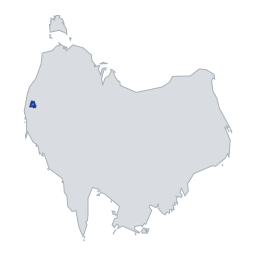 Glen Innes Severn, New South Wales, Australia shown in context, rotated 180°
{"feature_id": "25037944B18987498065819", "entity_name": "Glen Innes Severn", "entity_type": "district", "adm_level": 2, "iso_a3": "AUS", "parent_name": "Australia", "parent_adm1": "New South Wales", "projection": "equal_earth", "projection_center": [152.111, -29.631], "detail": "fine", "context": "in_parent", "style": "filled", "palette": "blue", "viewbox_px": 256, "rotation_deg": 180, "n_neighbors": 0, "source": "geoboundaries", "source_scale": "gbopen_adm2", "svg_char_len": 5206}
<svg xmlns="http://www.w3.org/2000/svg" viewBox="0 0 256 256"><g transform="rotate(180 128 128)"><path d="M176.9,28.3L180.1,45.4L183.9,44.5L188.2,49.6L189.1,60.0L191.7,63.5L192.4,73.1L194.3,78.0L206.8,87.2L211.8,102.2L213.2,103.0L213.4,100.3L216.1,103.0L216.5,101.7L217.7,109.2L219.3,111.5L222.8,113.8L229.6,126.4L229.3,134.8L231.8,144.8L228.4,163.2L226.0,169.9L220.2,177.4L214.9,192.0L213.7,202.9L203.9,205.4L199.1,210.1L196.0,210.5L197.0,213.1L192.0,209.3L192.7,208.4L192.4,207.4L191.5,207.4L189.9,209.0L188.7,208.0L190.6,206.4L189.5,205.2L183.2,211.1L173.0,208.2L164.7,201.1L164.1,195.5L160.2,190.4L161.7,190.6L161.6,189.1L156.3,190.6L157.7,186.8L155.3,181.2L153.8,187.5L149.9,188.2L150.4,186.1L152.2,186.1L154.4,177.4L153.3,170.8L151.0,177.7L147.1,180.3L144.8,184.4L145.3,186.5L143.7,186.2L141.0,183.9L142.6,183.9L141.2,179.9L138.4,175.2L136.3,174.7L135.7,170.6L119.8,163.6L94.3,168.9L86.5,173.7L83.5,179.6L65.6,180.0L56.8,187.0L50.1,186.5L42.1,181.8L41.3,177.0L43.2,177.8L44.4,174.8L43.1,165.0L39.0,157.4L36.7,147.9L25.9,127.9L29.5,130.1L26.8,123.9L28.6,127.5L31.2,128.6L25.8,116.0L27.1,98.3L28.1,102.5L30.7,97.9L40.3,89.8L44.0,90.2L62.1,82.4L68.5,72.0L67.6,65.1L71.1,60.2L74.6,67.8L76.0,63.6L73.8,60.6L74.4,58.7L80.6,59.9L78.6,59.2L79.7,56.2L78.5,53.5L81.8,53.1L80.5,51.1L83.2,50.9L82.1,48.0L84.4,44.7L84.6,46.7L86.5,46.4L86.5,42.7L89.3,44.0L91.0,41.1L94.0,43.1L98.1,48.2L97.6,52.3L100.1,48.4L105.8,51.0L106.8,48.8L104.2,45.7L110.3,31.7L111.7,32.6L113.8,29.1L114.6,30.6L121.4,29.5L121.1,26.2L116.5,23.7L117.2,22.8L133.7,30.0L138.3,27.4L137.2,30.2L139.3,31.7L141.6,28.4L143.9,31.2L141.4,37.4L138.6,38.0L138.9,42.4L136.4,49.5L151.4,62.2L155.5,63.4L156.8,66.5L163.5,68.5L168.0,57.6L168.0,41.5L168.6,35.4L170.3,33.9L169.0,31.2L172.9,19.4L176.9,28.3ZM189.3,222.6L196.9,225.7L205.8,223.8L206.6,232.1L205.9,230.6L205.1,232.4L205.0,237.9L201.8,235.7L199.9,240.6L196.1,240.2L196.8,238.8L193.4,236.5L191.9,232.2L193.4,233.0L189.6,227.1L189.3,222.6ZM108.8,22.9L113.5,22.9L115.0,24.6L112.0,28.1L108.8,22.9ZM148.4,192.4L156.1,192.1L152.9,193.6L148.4,192.4ZM142.8,41.5L143.9,45.0L140.9,44.4L141.3,41.9L142.8,41.5ZM229.2,125.0L229.0,121.1L230.1,118.0L230.6,120.3L229.2,125.0ZM203.6,217.6L206.1,218.4L206.2,219.5L203.6,217.6ZM108.4,23.9L110.1,27.3L107.1,27.1L108.4,23.9ZM186.4,218.2L184.9,217.9L185.6,215.8L186.4,218.2ZM159.0,60.7L157.6,61.8L156.2,62.3L156.9,60.4L159.0,60.7ZM25.8,127.0L24.5,125.2L24.2,123.5L24.3,123.4L25.8,127.0ZM205.7,220.7L206.7,221.5L204.8,220.8L205.7,220.7ZM218.7,109.7L219.7,109.7L219.7,111.4L218.7,109.7ZM192.8,73.0L194.1,74.0L193.8,74.6L192.8,73.0ZM201.8,238.6L201.9,240.0L201.0,239.5L201.8,238.6ZM230.9,136.2L231.0,138.3L230.9,138.3L230.9,136.2ZM120.8,22.7L120.0,21.8L120.5,21.3L120.8,22.7ZM142.6,22.9L141.5,24.6L142.8,21.6L142.6,22.9ZM231.1,133.7L230.6,134.4L230.9,133.7L231.1,133.7ZM145.0,54.7L144.4,55.0L144.7,54.2L145.0,54.7ZM140.5,41.4L139.7,41.6L140.2,40.5L140.5,41.4ZM33.7,89.9L33.6,91.3L33.2,91.1L33.7,89.9ZM171.5,18.6L171.5,19.8L171.2,18.9L171.5,18.6ZM191.5,207.9L191.7,208.5L191.5,208.3L191.5,207.9ZM141.2,25.2L139.7,26.3L141.2,24.8L141.2,25.2ZM82.2,46.3L81.6,47.1L82.0,46.1L82.2,46.3ZM202.3,237.6L201.8,237.9L202.1,237.4L202.3,237.6ZM158.4,64.8L157.6,64.8L158.0,64.1L158.4,64.8ZM79.3,52.5L78.9,53.0L78.8,51.9L79.3,52.5ZM205.8,234.8L205.2,235.2L205.4,234.5L205.8,234.8ZM172.0,15.4L171.9,16.2L171.5,15.8L172.0,15.4ZM191.2,208.8L191.8,209.4L190.8,209.2L191.2,208.8ZM208.3,87.1L207.7,87.2L207.9,86.3L208.3,87.1ZM212.9,100.2L212.6,100.2L212.9,99.5L212.9,100.2ZM189.5,221.6L189.4,222.1L189.2,221.5L189.5,221.6Z" fill="#d9dde1" stroke="#a8b0b8" stroke-width="1"/><path d="M225.0,153.3L225.0,153.2L225.1,152.9L225.1,152.7L224.9,152.8L224.7,152.8L224.5,152.7L224.6,152.4L224.7,152.2L224.8,152.1L225.0,152.1L225.0,151.9L225.0,151.7L225.1,151.4L225.1,151.5L225.2,151.4L225.3,151.4L225.5,150.6L225.7,150.4L225.6,150.0L225.7,149.9L225.7,149.7L225.8,149.7L225.9,149.4L225.3,149.3L225.2,149.4L225.2,149.5L224.9,149.5L224.4,149.4L224.1,149.3L223.9,149.3L224.0,149.3L223.9,149.3L223.7,149.5L223.8,149.6L223.7,149.6L223.5,149.8L223.4,149.7L223.4,149.8L223.2,149.8L223.2,149.7L223.0,149.8L222.8,149.8L222.7,149.9L222.6,149.7L222.6,149.4L222.2,149.3L222.2,149.2L222.1,149.3L221.8,149.3L221.7,149.3L221.7,149.2L221.7,148.9L221.4,148.8L221.0,148.6L220.9,148.8L221.0,148.8L220.9,148.8L221.0,148.8L220.9,148.9L220.8,149.0L220.9,149.3L221.0,149.4L221.0,149.5L220.9,149.5L221.0,149.6L220.9,149.6L220.9,149.8L221.0,149.8L220.9,149.9L221.0,149.9L221.0,150.3L221.1,150.5L221.1,150.8L221.0,151.0L221.1,151.3L221.3,151.3L221.3,151.5L221.2,151.6L221.3,151.7L221.3,151.8L221.2,151.9L221.2,152.0L221.2,151.9L221.2,152.0L221.4,152.1L221.4,152.3L221.4,152.5L221.5,152.7L221.5,152.8L221.6,153.1L221.7,153.3L221.8,153.4L221.8,153.5L222.0,153.6L222.0,153.8L222.1,153.7L222.4,153.7L222.9,153.7L222.9,153.8L223.0,153.8L223.3,153.7L223.3,153.8L223.4,153.7L223.4,153.8L223.5,153.7L223.6,153.8L223.7,153.7L223.7,153.8L223.8,153.7L223.9,153.8L223.9,153.7L223.9,153.8L224.0,153.7L224.0,153.8L224.0,153.7L224.1,153.8L224.1,153.7L224.3,153.7L224.4,153.8L224.4,153.7L224.3,153.4L224.5,153.4L224.6,153.5L224.8,153.5L225.0,153.4L225.0,153.5L225.0,153.4L225.0,153.3Z" fill="#3b82f6" stroke="#1e3a8a" stroke-width="1.5"/></g></svg>